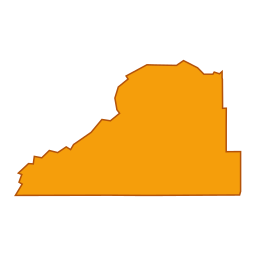 the district of Scott, Minnesota, United States of America
{"feature_id": "52423323B60044355974523", "entity_name": "Scott", "entity_type": "district", "adm_level": 2, "iso_a3": "USA", "parent_name": "United States of America", "parent_adm1": "Minnesota", "projection": "albers", "projection_center": [-93.571, 44.678], "detail": "fine", "context": "isolated", "style": "filled", "palette": "amber", "viewbox_px": 256, "rotation_deg": 0, "n_neighbors": 0, "source": "geoboundaries", "source_scale": "gbopen_adm2", "svg_char_len": 700}
<svg xmlns="http://www.w3.org/2000/svg" viewBox="0 0 256 256"><path d="M153.0,195.4L212.4,195.1L239.6,195.0L240.6,191.4L240.6,151.6L226.2,151.7L226.2,126.3L226.3,108.2L222.6,108.3L222.5,93.8L222.4,79.4L222.1,77.8L222.1,71.5L219.5,73.8L214.2,72.1L212.9,74.2L203.9,74.2L197.6,67.8L183.5,60.6L176.5,65.4L154.3,65.0L146.9,64.8L126.1,76.0L128.1,79.0L118.3,87.0L114.9,98.1L116.6,107.9L116.9,109.7L119.6,113.3L110.4,120.8L101.9,119.5L91.1,132.4L73.6,144.5L70.6,149.6L66.2,146.9L57.7,152.6L49.3,150.5L41.8,157.8L34.3,156.4L33.3,163.9L28.5,163.6L18.3,173.1L21.8,174.5L19.0,182.2L22.2,184.1L15.4,195.4L109.3,195.2L126.8,195.3L143.1,195.4L153.0,195.4Z" fill="#f59e0b" stroke="#b45309" stroke-width="1.5"/></svg>